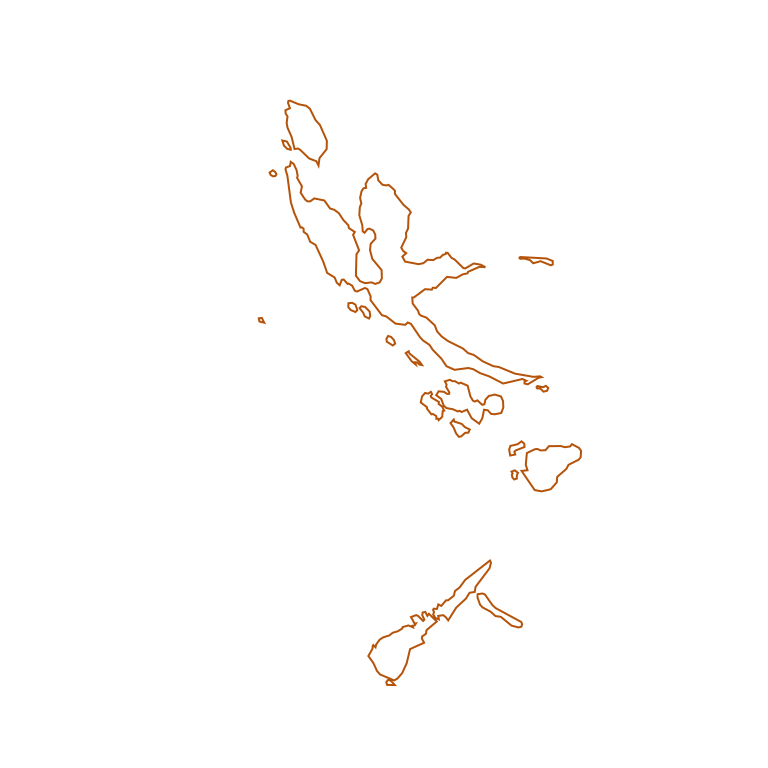 the border of Maluku Utara, rotated 316°
{"feature_id": "IDN-538", "entity_name": "Maluku Utara", "entity_type": "Province", "adm_level": 1, "iso_a3": "IDN", "parent_name": "Indonesia", "parent_adm1": "", "projection": "equal_earth", "projection_center": [127.364, 0.08], "detail": "fine", "context": "isolated", "style": "outline", "palette": "amber", "viewbox_px": 768, "rotation_deg": 316, "n_neighbors": 0, "source": "natural_earth", "source_scale": "10m", "svg_char_len": 6174}
<svg xmlns="http://www.w3.org/2000/svg" viewBox="0 0 768 768"><g transform="rotate(316 384 384)"><path d="M441.3,414.6L442.9,405.5L442.8,393.3L443.9,387.4L442.3,379.8L442.4,375.3L445.2,359.4L443.7,356.2L440.4,356.2L434.2,348.5L432.6,337.0L430.3,333.1L432.6,314.2L435.1,311.9L438.0,304.4L437.0,301.7L428.8,298.7L427.8,296.7L429.4,291.0L428.2,287.0L427.3,286.7L427.6,280.9L426.0,279.7L420.7,282.2L420.4,278.3L422.5,273.1L420.3,264.6L425.4,253.5L431.4,236.4L429.7,230.4L432.6,223.2L431.9,218.7L434.0,216.5L433.8,214.3L432.6,213.5L438.4,198.3L443.1,188.8L459.0,167.3L462.3,161.1L463.9,160.2L467.8,161.9L471.2,159.4L471.9,163.0L469.7,169.4L466.5,174.3L464.7,175.3L462.3,184.8L456.9,188.5L455.4,196.6L455.8,199.4L457.7,201.3L462.8,202.1L468.6,210.6L467.1,220.3L469.2,224.0L470.2,229.8L468.7,237.6L468.6,245.0L467.1,247.5L468.6,254.4L465.4,255.2L458.9,270.6L454.4,271.5L439.0,286.6L438.2,293.3L440.4,298.3L445.6,302.2L447.2,305.9L451.4,307.9L455.8,306.6L461.4,300.4L462.5,285.9L467.0,277.9L471.8,273.9L478.8,273.5L481.6,270.3L482.9,265.9L481.3,262.0L479.8,261.1L475.1,261.7L474.7,259.5L478.6,254.8L483.5,245.4L489.6,239.9L493.1,238.4L496.1,233.5L501.8,229.7L505.3,229.0L507.4,230.5L509.8,227.3L514.9,225.7L523.9,226.3L524.6,228.7L521.4,233.5L521.3,239.6L523.6,242.8L525.6,243.9L526.2,250.3L526.1,252.7L524.1,254.5L523.7,256.4L522.5,268.6L523.1,275.7L522.5,279.2L518.5,280.1L509.3,288.9L504.7,290.6L502.0,293.9L491.1,297.9L490.2,301.9L490.9,305.3L485.7,305.1L484.2,310.6L492.1,321.8L496.1,324.4L501.7,324.9L505.5,329.1L509.8,330.1L512.3,332.1L516.0,332.0L518.8,333.4L519.8,332.7L520.9,333.8L520.2,340.2L521.3,343.6L521.6,355.7L522.7,357.3L532.2,359.6L536.5,365.4L538.1,370.4L534.0,366.0L522.5,361.7L520.9,362.4L516.8,359.8L509.7,357.9L503.7,350.7L488.1,351.0L485.9,348.6L484.0,349.4L479.4,344.3L465.8,342.5L464.4,341.4L460.5,346.1L459.4,354.8L457.9,358.1L458.1,360.5L460.6,365.6L461.3,377.0L458.7,383.2L458.5,389.9L459.9,397.7L465.4,413.2L466.0,420.3L468.8,425.5L470.8,436.3L475.0,447.1L478.4,451.5L485.4,467.5L496.4,482.6L501.6,486.9L502.1,488.5L499.3,486.8L487.2,484.1L485.4,481.2L487.0,479.8L488.6,480.5L487.1,476.6L470.0,466.4L465.0,451.6L460.6,442.8L458.5,435.4L455.8,431.1L444.6,422.8L441.3,414.6ZM256.7,580.5L257.0,591.5L243.6,590.6L240.7,592.8L236.0,592.1L234.5,593.2L233.1,598.0L218.6,592.8L206.2,600.7L196.2,604.6L189.1,605.2L185.4,604.3L179.4,590.2L179.6,585.6L182.5,577.5L183.8,568.8L191.9,566.4L194.2,564.4L194.9,564.3L195.0,567.5L197.2,566.0L203.2,564.9L207.5,565.7L213.0,568.5L217.5,569.0L222.0,571.4L227.2,572.6L228.5,571.8L233.8,574.6L235.8,579.1L236.4,577.6L238.4,579.0L240.7,578.4L239.6,577.6L241.5,570.4L246.6,572.6L247.4,574.5L247.5,581.6L249.3,581.6L250.9,576.9L253.1,575.2L255.4,576.6L254.1,580.9L256.7,580.5ZM477.4,557.8L479.9,565.5L479.3,569.0L474.6,573.3L471.5,573.7L460.6,570.3L456.1,571.8L444.2,571.1L439.9,574.8L430.8,575.5L422.9,570.8L418.7,565.0L422.6,542.1L427.3,545.7L429.9,540.6L438.8,532.9L447.1,535.7L449.1,537.1L450.6,540.7L454.2,543.8L459.5,543.3L468.1,551.5L470.2,555.1L474.5,558.2L477.4,557.8ZM521.3,129.8L521.9,134.6L518.1,146.5L517.8,153.3L511.9,169.3L505.9,175.2L494.5,176.7L488.6,181.4L490.1,176.8L486.8,169.7L486.4,157.4L485.7,154.9L482.9,152.8L489.2,142.0L492.7,132.5L495.5,128.4L500.4,124.6L501.2,121.0L503.3,118.6L507.9,120.3L510.3,115.0L511.9,114.0L513.2,114.9L516.9,123.4L521.3,129.8ZM456.3,468.5L459.5,474.2L457.8,478.9L453.5,483.8L448.2,486.3L442.6,482.7L440.3,479.9L440.4,475.0L438.1,472.0L431.0,476.9L424.9,478.7L423.3,469.5L425.9,460.2L420.3,458.0L419.8,455.8L418.1,455.1L416.0,450.0L412.2,444.7L411.9,441.1L414.8,434.5L413.8,428.3L418.2,427.2L421.7,431.3L422.5,434.9L424.0,436.3L425.2,435.4L426.7,429.1L428.6,427.9L429.6,424.4L434.4,426.8L435.2,429.6L437.0,431.2L438.2,435.7L440.1,436.3L443.0,443.3L437.5,453.0L436.4,457.7L437.1,459.7L439.8,460.6L440.2,467.2L442.2,468.3L445.9,465.8L451.0,465.4L456.3,468.5ZM306.3,581.3L337.6,584.6L336.9,586.8L331.9,589.9L309.0,593.5L304.8,596.6L300.5,593.6L293.8,595.3L280.7,595.0L266.0,598.6L266.5,594.7L266.0,591.4L261.9,588.5L260.0,591.4L258.4,588.1L259.3,583.9L261.7,582.7L262.2,580.8L263.6,580.1L265.8,582.6L270.0,580.3L271.0,583.4L278.3,582.7L279.9,584.1L287.2,584.8L291.3,582.2L297.1,582.9L306.3,581.3ZM308.7,623.0L317.4,650.5L316.5,652.8L314.2,654.0L311.6,652.5L307.9,646.4L306.3,632.6L303.0,628.4L302.5,621.8L299.7,613.1L299.8,609.5L302.9,602.6L305.3,600.2L309.4,603.2L310.4,605.5L308.4,618.2L308.7,623.0ZM407.4,444.3L403.1,448.0L398.2,448.0L398.8,446.5L397.5,445.4L399.3,443.5L398.4,439.6L397.0,438.7L397.8,431.5L398.8,430.5L397.6,422.8L402.7,419.4L407.4,419.0L409.0,421.6L412.3,422.2L411.6,424.7L409.2,425.1L408.7,426.6L411.0,435.0L409.5,436.3L410.1,440.7L408.8,445.0L407.4,444.3ZM412.2,471.1L414.1,476.3L410.9,477.6L408.5,475.5L403.1,475.3L401.2,474.1L401.5,469.7L403.8,463.8L404.7,458.3L409.5,458.0L408.5,459.9L412.2,466.7L412.2,471.1ZM588.1,406.6L590.8,412.7L588.4,415.3L586.5,414.5L581.9,404.4L575.2,400.8L575.1,396.3L572.1,391.2L569.0,388.6L569.0,387.4L570.2,387.3L588.1,406.6ZM443.1,520.8L443.4,524.5L441.3,526.9L432.4,523.2L430.7,523.3L429.4,525.9L425.1,523.1L428.4,518.2L431.9,516.3L438.2,520.1L443.1,520.8ZM418.7,326.5L417.1,322.0L418.5,318.5L419.2,312.4L421.8,312.4L423.9,315.5L424.0,321.9L421.2,325.6L418.7,326.5ZM425.1,392.8L424.5,396.8L422.9,394.6L422.9,391.7L421.4,389.9L420.3,392.1L419.7,386.8L421.1,376.9L424.5,377.6L423.5,379.7L425.1,392.8ZM418.6,307.0L416.2,312.3L413.5,312.4L411.4,307.6L411.7,303.9L414.5,301.2L417.5,303.5L418.6,307.0ZM420.3,352.3L421.8,355.0L421.7,359.3L420.1,362.7L417.1,362.4L415.4,355.5L417.1,353.2L420.3,352.3ZM482.6,142.1L480.8,149.5L479.6,150.7L477.7,147.5L477.6,143.1L480.0,138.2L482.6,142.1ZM418.1,537.0L418.7,541.0L416.3,541.8L413.8,544.3L411.3,543.1L411.4,540.5L412.9,538.1L414.4,537.7L414.9,535.6L418.1,537.0ZM496.3,496.9L499.1,497.7L499.4,500.9L496.7,502.2L493.4,500.3L493.3,495.9L491.1,493.5L491.5,492.2L492.9,492.0L496.3,496.9ZM181.0,599.6L182.3,600.9L182.8,603.1L182.6,608.0L177.2,602.6L178.5,600.1L181.0,599.6ZM448.6,152.4L452.6,153.1L453.0,156.2L452.2,158.5L450.3,158.9L448.4,157.5L447.7,154.8L448.6,152.4ZM339.5,249.8L342.0,251.6L340.4,256.7L337.8,252.5L339.5,249.8Z" fill="none" stroke="#b45309" stroke-width="2"/></g></svg>